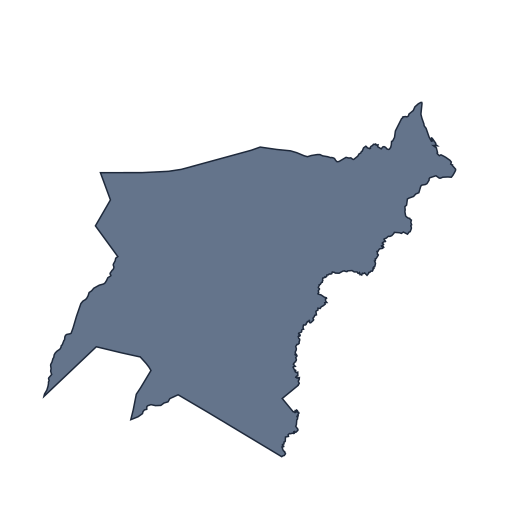 outline of Moung Ruessei, Batdâmbâng, Cambodia, rotated 14°
{"feature_id": "14789045B86476324450115", "entity_name": "Moung Ruessei", "entity_type": "district", "adm_level": 2, "iso_a3": "KHM", "parent_name": "Cambodia", "parent_adm1": "Batdâmbâng", "projection": "albers", "projection_center": [103.606, 12.852], "detail": "fine", "context": "isolated", "style": "filled", "palette": "slate", "viewbox_px": 512, "rotation_deg": 14, "n_neighbors": 0, "source": "geoboundaries", "source_scale": "gbopen_adm2", "svg_char_len": 6108}
<svg xmlns="http://www.w3.org/2000/svg" viewBox="0 0 512 512"><g transform="rotate(14 256 256)"><path d="M405.8,138.0L411.2,134.6L415.0,136.1L416.3,135.8L418.1,134.4L423.0,132.9L426.5,132.3L427.6,129.8L428.5,126.6L428.9,124.8L428.7,123.5L424.5,120.6L424.6,120.1L422.7,119.7L422.8,117.6L421.0,116.2L416.1,114.3L413.4,113.6L411.0,113.1L409.6,114.3L407.4,113.1L406.8,112.4L407.2,112.0L407.0,111.5L404.8,107.4L401.4,106.0L405.3,105.2L403.2,104.3L403.2,103.2L398.8,99.4L397.4,98.6L399.3,101.7L398.4,102.2L395.1,98.6L390.1,90.9L388.0,89.3L387.4,88.5L387.0,87.3L383.6,82.1L381.7,78.5L380.2,68.0L379.7,66.9L378.8,67.1L376.6,69.1L374.1,72.8L373.4,76.8L370.1,81.2L370.0,83.1L369.6,83.8L368.7,84.5L367.4,84.5L365.3,85.3L364.7,85.7L364.9,86.4L364.0,87.6L361.0,100.9L361.7,107.4L360.7,111.5L359.8,112.0L360.4,115.5L360.4,117.9L359.6,120.1L358.6,120.6L357.3,120.5L355.4,119.2L353.7,118.9L352.6,119.5L351.6,121.7L351.1,121.6L347.6,120.5L347.5,118.6L346.1,119.3L345.5,119.2L345.4,118.6L344.8,118.4L344.1,119.0L342.9,119.2L342.4,120.5L341.0,121.9L340.6,123.1L341.0,123.7L340.5,124.3L337.8,124.1L336.7,123.1L336.0,122.9L334.2,125.1L333.7,128.6L333.0,129.1L332.7,130.8L331.3,132.0L330.6,134.5L327.4,138.7L326.5,138.8L324.3,137.8L322.4,138.5L319.5,138.5L313.7,144.2L312.3,144.8L311.7,144.9L310.2,144.0L308.6,142.4L307.1,142.1L305.6,142.1L304.7,142.5L301.4,142.3L296.4,142.7L293.5,142.1L290.8,142.8L285.4,145.1L281.9,147.2L278.5,147.1L270.6,145.9L264.0,145.6L250.4,147.6L233.7,149.3L225.7,154.6L162.6,190.0L150.6,195.0L125.5,202.6L84.9,212.8L101.2,236.8L92.9,265.6L122.1,290.0L120.4,292.1L120.5,294.8L119.6,298.3L119.6,299.2L120.8,301.1L120.9,302.1L120.6,303.7L119.9,304.6L118.6,308.0L118.8,308.8L119.9,309.8L119.8,310.5L117.5,312.9L116.9,316.0L116.0,318.7L114.9,320.0L111.0,322.2L106.4,326.5L104.9,329.6L102.9,331.8L102.7,335.2L102.0,337.9L101.1,339.5L99.0,341.6L97.6,344.5L96.4,357.9L95.9,370.1L95.3,375.7L94.5,376.4L91.3,377.9L90.4,379.0L90.1,380.7L90.5,383.5L90.0,384.7L89.5,388.9L88.7,390.3L88.9,391.7L88.6,392.8L88.2,393.9L85.9,396.5L84.7,398.6L84.1,400.7L84.3,403.4L83.8,404.7L83.7,408.3L83.1,410.6L83.1,411.6L84.4,414.8L84.6,417.4L86.4,420.4L84.4,424.4L84.4,425.3L85.4,426.8L85.1,428.5L85.5,429.9L85.7,432.7L85.5,436.7L84.2,441.0L84.2,443.6L123.0,382.7L148.8,382.5L167.2,382.0L167.9,381.8L175.5,386.9L179.0,389.7L181.8,392.5L175.9,411.8L173.3,419.1L174.1,435.0L174.1,445.1L180.5,440.5L184.0,436.4L184.0,434.3L185.0,432.3L187.1,431.2L186.5,428.7L187.0,427.6L190.1,425.6L194.7,425.5L199.8,424.0L202.3,420.9L205.9,418.8L206.9,415.2L214.0,409.5L247.8,419.5L329.5,444.5L330.3,443.5L331.7,442.7L332.4,440.9L332.3,440.3L331.2,439.5L331.1,438.8L329.9,438.5L328.3,436.7L328.2,436.0L327.4,435.1L329.0,434.2L328.9,433.8L327.5,433.3L327.3,432.6L328.6,431.6L328.2,429.7L329.0,429.2L329.2,428.6L328.4,424.5L331.2,423.2L330.4,421.6L331.5,420.1L332.6,420.1L334.0,419.2L335.6,419.1L336.1,418.6L336.0,418.1L335.2,417.8L335.2,417.3L335.8,416.9L336.7,417.5L337.4,417.3L338.8,415.1L338.6,414.0L335.7,411.6L336.0,409.9L335.2,405.2L335.7,404.1L335.5,402.9L334.5,401.6L334.9,401.2L335.5,401.4L335.5,400.2L335.0,399.6L335.7,398.0L335.0,397.2L334.0,397.5L333.2,396.9L333.6,396.6L333.6,396.0L332.5,395.6L332.2,396.3L331.5,396.5L332.5,397.8L332.1,398.3L331.7,398.5L330.6,397.9L329.8,398.2L315.9,387.9L328.3,371.2L328.1,370.7L328.8,369.4L328.2,368.3L327.5,367.8L327.3,366.4L327.8,365.7L327.5,363.5L326.7,363.9L327.0,364.4L325.2,364.4L325.3,364.0L324.9,363.8L324.0,364.0L324.1,363.4L324.7,363.2L324.6,362.6L325.6,362.1L324.6,358.6L323.4,359.4L322.3,359.0L322.2,358.4L321.7,358.2L322.3,357.7L322.1,357.3L320.7,357.0L318.9,355.0L319.0,354.4L320.8,353.6L318.4,351.9L319.3,349.6L320.0,349.1L320.0,348.0L320.3,347.7L320.2,346.6L319.1,345.0L320.0,343.0L319.0,341.8L318.3,342.6L317.8,342.3L317.8,340.7L317.3,339.8L317.8,337.4L317.5,335.9L316.4,334.3L317.1,331.9L317.9,331.8L319.0,330.3L318.6,328.7L318.8,327.5L318.5,326.1L317.4,325.6L316.4,323.8L316.7,323.2L317.8,323.2L318.1,322.4L317.9,321.9L316.1,321.2L316.1,320.6L318.4,318.9L318.6,318.4L318.2,316.9L318.6,316.2L319.9,315.5L319.0,314.3L318.7,311.7L319.1,311.2L319.7,311.3L320.7,310.9L321.2,310.1L321.0,309.3L321.6,308.4L321.7,307.2L322.9,306.6L323.2,305.7L323.6,306.0L323.6,307.1L324.2,307.7L325.2,307.6L327.0,304.9L327.4,304.0L326.6,303.2L326.4,302.5L327.3,300.6L327.3,299.4L328.9,298.5L327.6,295.5L327.8,294.7L329.2,293.5L328.7,291.7L331.0,291.4L331.6,289.5L333.2,288.1L334.8,286.0L334.0,284.7L336.0,284.0L334.6,283.0L334.1,282.0L333.8,280.7L334.7,280.1L334.4,279.5L332.3,279.4L328.5,278.0L325.5,277.9L325.2,277.6L325.7,276.1L324.8,274.8L325.6,272.8L325.4,272.3L324.1,271.7L324.1,270.8L324.6,269.0L324.3,268.6L325.3,267.9L325.9,265.9L326.7,265.4L326.5,264.2L326.8,263.7L326.3,262.8L326.1,261.3L327.2,260.8L327.9,259.6L328.5,259.9L329.5,258.7L329.4,257.3L330.9,256.7L331.3,255.8L333.0,255.4L333.8,254.8L333.9,253.1L336.1,252.9L337.0,253.4L340.8,252.6L343.9,249.7L345.5,249.0L346.1,249.3L348.0,249.2L348.7,248.2L352.7,246.9L355.1,247.7L357.9,247.0L359.1,248.1L359.8,248.1L360.4,247.1L361.4,248.9L361.8,248.6L363.2,248.9L363.4,247.0L364.7,247.0L365.5,246.1L368.4,247.9L369.5,245.6L369.4,244.7L370.6,244.1L371.0,243.0L372.6,242.5L372.6,241.4L373.0,241.1L372.5,239.5L373.4,239.4L372.9,238.1L373.8,237.6L373.8,235.2L373.7,234.1L372.2,232.2L372.9,231.8L372.9,231.0L372.4,230.0L373.2,229.4L374.4,225.7L374.4,225.3L373.2,224.7L373.2,223.7L372.3,222.3L373.4,221.7L373.6,220.4L374.2,219.2L377.1,217.9L376.8,216.8L377.7,216.6L377.4,216.2L375.6,216.2L375.3,215.8L376.9,214.4L377.0,213.8L375.4,212.9L375.6,212.5L376.8,211.1L377.9,210.8L378.1,210.4L376.3,209.1L376.2,208.4L378.1,207.1L379.6,204.9L381.2,204.6L382.8,203.4L384.3,200.7L384.5,199.6L389.7,198.7L391.6,198.9L393.2,197.1L397.7,198.2L398.8,195.7L399.7,195.1L400.1,191.8L399.7,190.3L399.0,189.6L398.9,188.9L399.5,188.1L398.1,186.0L398.1,183.6L396.7,183.1L396.1,182.3L394.5,182.4L392.3,181.5L391.5,180.9L389.7,176.9L389.6,175.2L388.5,172.1L389.8,170.2L389.1,164.1L390.3,162.9L394.5,160.1L396.0,157.2L398.7,155.2L399.0,148.3L399.9,147.0L403.0,145.7L404.4,144.4L405.6,140.6L405.3,139.1L405.8,138.0Z" fill="#64748b" stroke="#1e293b" stroke-width="1.5"/></g></svg>